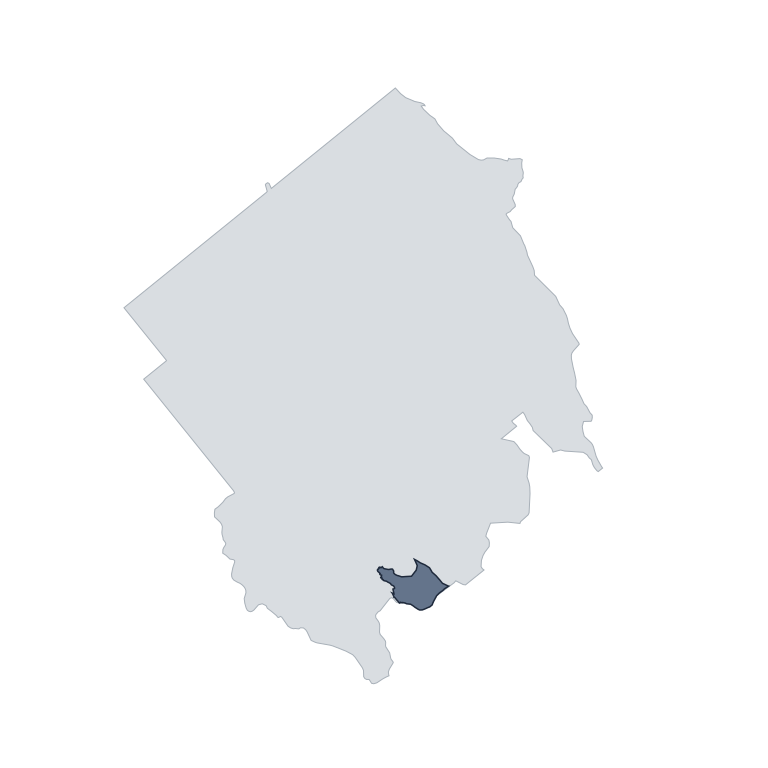 location of Bahr Al Arab, Eastern Darfur, Sudan, rotated 321°
{"feature_id": "16777658B76242579856769", "entity_name": "Bahr Al Arab", "entity_type": "district", "adm_level": 2, "iso_a3": "SDN", "parent_name": "Sudan", "parent_adm1": "Eastern Darfur", "projection": "robinson", "projection_center": [26.432, 10.41], "detail": "fine", "context": "in_parent", "style": "filled", "palette": "slate", "viewbox_px": 768, "rotation_deg": 321, "n_neighbors": 0, "source": "geoboundaries", "source_scale": "gbopen_adm2", "svg_char_len": 6737}
<svg xmlns="http://www.w3.org/2000/svg" viewBox="0 0 768 768"><g transform="rotate(321 384 384)"><path d="M501.0,586.9L495.4,586.9L494.9,585.4L494.9,581.3L495.5,578.2L497.5,573.3L497.0,570.6L497.3,566.8L495.8,562.4L482.3,549.9L479.7,546.4L472.5,543.3L473.7,539.7L470.6,514.0L472.0,511.1L472.4,506.6L472.4,502.6L474.1,496.1L474.2,493.3L460.0,493.1L459.8,495.9L460.5,499.1L460.5,500.3L440.7,500.4L448.7,510.5L449.0,514.9L448.6,520.4L448.8,523.9L449.2,526.2L451.4,530.8L451.2,531.6L450.7,532.7L436.8,546.1L434.4,552.3L432.6,555.6L428.5,561.1L415.7,575.4L413.6,576.4L403.9,576.9L402.9,577.2L402.1,577.9L401.7,577.7L393.3,569.3L379.2,559.2L369.9,564.5L367.3,566.4L367.3,571.3L365.9,573.8L363.4,576.5L356.5,578.2L352.9,579.7L348.7,582.4L344.5,587.0L344.2,589.4L344.7,591.5L320.9,591.4L319.3,589.7L315.9,582.1L313.4,582.6L291.8,581.7L288.7,582.5L282.5,585.6L279.3,586.1L276.1,584.7L264.7,569.8L262.3,568.0L259.7,564.4L257.2,562.8L256.4,561.7L256.2,560.1L256.2,556.8L255.4,554.8L253.6,554.3L238.3,557.8L236.1,557.4L232.9,558.0L231.8,558.6L230.5,560.6L230.3,564.7L229.9,566.7L228.7,569.0L224.3,574.1L223.4,576.3L223.6,581.8L223.3,584.7L222.6,586.0L220.7,588.1L220.0,589.3L219.2,596.5L216.9,600.8L216.3,602.3L216.2,605.5L215.8,606.4L208.8,608.9L206.2,610.5L204.7,612.9L204.3,613.9L201.3,613.1L197.5,612.4L190.3,611.7L187.4,610.5L186.0,608.8L186.5,604.5L185.8,603.6L184.6,602.8L183.8,600.9L184.0,598.7L187.8,593.7L188.6,591.0L189.6,578.4L189.3,574.6L186.3,567.6L179.4,555.4L177.7,553.0L169.1,543.1L168.1,541.6L166.0,537.4L168.3,528.1L168.5,525.6L167.9,522.9L165.7,520.9L163.7,520.7L161.2,518.2L159.5,517.1L158.0,514.9L157.0,511.9L157.8,501.0L157.3,499.5L155.1,499.1L154.6,498.4L154.7,496.3L153.5,490.1L152.2,484.9L152.9,482.1L151.1,478.2L147.5,476.6L140.6,477.8L138.4,477.6L136.9,476.9L135.9,475.5L135.4,473.8L135.9,471.3L137.9,466.7L140.3,462.8L145.3,459.4L146.7,457.5L147.4,455.5L147.6,453.1L147.3,450.7L146.7,448.4L145.2,445.4L143.9,441.9L143.9,439.5L144.5,437.8L145.9,435.8L150.8,431.7L155.9,428.4L156.8,427.2L156.5,425.8L154.1,423.1L153.4,417.7L152.2,414.0L154.7,411.2L156.7,410.2L159.6,409.3L160.8,408.2L161.1,405.9L161.1,403.8L162.1,402.2L163.6,398.8L164.7,397.2L168.6,393.2L169.5,390.7L169.7,388.2L168.7,380.6L171.0,377.5L173.8,374.9L177.9,375.1L184.3,374.5L188.6,373.4L191.7,373.4L198.8,374.8L199.5,374.2L199.9,372.2L200.3,229.0L229.4,229.0L229.8,228.8L229.9,161.1L412.8,161.1L414.4,160.9L417.2,154.5L418.4,154.1L420.3,154.4L420.9,155.9L419.5,161.1L579.1,161.1L579.6,168.8L581.0,175.0L585.7,183.8L589.6,188.6L591.0,191.2L591.2,192.4L591.0,193.6L589.8,192.3L587.8,191.4L587.6,195.5L588.7,204.0L590.4,210.0L589.4,215.5L589.7,224.8L591.9,236.0L591.6,243.1L595.2,259.7L598.6,269.0L600.4,271.2L602.4,272.5L606.3,273.2L612.0,277.9L616.6,282.9L618.2,285.5L620.4,288.4L621.9,287.8L622.8,287.1L624.3,289.4L631.5,294.4L632.6,296.7L630.1,298.9L627.2,302.8L625.8,306.4L625.1,307.6L622.7,309.9L622.3,310.9L621.3,311.6L620.2,311.7L617.8,312.9L615.6,312.5L613.4,313.2L612.6,314.1L610.8,314.8L608.5,315.2L604.8,318.3L601.6,319.8L600.5,321.0L598.9,327.1L597.7,328.7L592.9,328.9L590.5,329.4L587.3,328.7L585.8,328.8L585.4,330.1L584.9,335.3L585.0,337.6L582.4,343.6L583.3,354.7L580.8,363.1L580.5,365.0L578.0,371.6L576.6,374.1L573.5,386.4L572.2,390.2L569.4,394.3L572.6,424.0L570.3,433.1L570.5,438.1L568.9,445.4L567.6,448.8L565.5,452.9L563.7,457.5L562.2,463.5L561.2,474.9L560.7,476.0L552.2,477.4L549.5,478.2L547.7,479.5L545.5,482.4L541.3,490.4L539.0,495.4L535.5,502.1L531.3,506.9L530.5,509.2L529.8,513.5L528.3,520.4L527.0,525.2L527.3,529.1L526.0,535.9L526.2,539.2L524.8,541.1L522.8,542.8L521.5,543.3L515.5,538.7L511.3,541.8L508.7,546.2L506.7,550.7L508.0,560.1L507.9,562.1L507.3,564.4L503.4,573.6L502.3,577.8L501.1,585.1L501.0,586.9Z" fill="#d9dde1" stroke="#a8b0b8" stroke-width="1"/><path d="M267.7,524.9L267.3,524.9L266.0,524.9L265.9,524.3L265.7,523.9L265.2,523.5L264.7,523.4L264.7,523.5L264.3,523.8L264.2,524.1L263.8,524.1L263.2,524.2L262.5,524.3L262.4,523.3L262.5,524.3L262.3,524.3L261.9,524.5L261.7,524.6L261.5,524.9L261.3,525.7L261.4,526.6L261.6,527.4L261.7,528.2L261.7,528.9L261.4,529.0L261.1,529.0L261.0,529.3L261.0,529.6L261.2,530.4L261.6,530.8L261.8,531.0L261.6,531.3L261.4,531.6L261.0,531.9L260.6,532.0L260.2,532.2L259.7,532.2L259.6,532.3L259.5,532.5L259.8,533.0L260.1,533.2L260.2,533.3L260.3,533.5L260.1,533.6L260.1,533.9L260.0,534.2L259.7,534.3L259.7,534.6L259.7,535.0L259.8,535.2L260.0,535.3L260.2,535.5L260.1,535.8L260.0,536.1L260.0,536.4L260.1,536.5L260.3,536.8L260.7,537.5L261.8,538.8L261.9,539.0L262.0,539.5L262.1,539.8L262.3,540.3L262.3,540.5L263.0,541.8L263.1,542.1L263.5,543.3L263.3,544.4L263.5,545.1L263.7,545.6L264.2,546.5L264.4,547.3L264.1,548.7L263.7,549.4L262.7,549.4L261.9,549.0L261.3,550.1L260.8,551.2L260.1,552.6L259.7,553.3L258.8,551.7L258.8,551.8L257.8,555.8L257.6,555.9L257.7,556.0L258.0,556.8L258.0,557.7L258.0,558.5L258.0,559.5L258.0,560.3L258.1,560.9L258.1,561.6L258.1,562.2L258.1,562.4L258.1,562.6L258.1,563.1L258.1,563.9L259.3,563.9L259.4,564.8L260.4,565.0L260.6,565.6L261.2,565.7L261.5,566.2L261.8,566.5L262.1,566.9L262.2,567.0L262.5,567.3L262.6,567.6L262.7,567.8L262.8,568.0L263.0,568.5L263.2,568.8L263.3,569.1L264.4,570.2L265.0,570.8L265.5,571.3L266.1,571.9L266.6,573.4L266.7,573.8L267.1,574.9L267.6,577.2L267.8,577.7L268.3,579.2L268.6,580.2L268.9,580.9L269.0,581.0L269.4,582.0L270.0,582.5L270.5,582.9L270.9,583.1L271.4,583.6L272.1,583.8L272.5,584.0L272.9,584.1L273.4,584.3L273.9,584.4L274.4,584.6L274.8,584.7L275.6,584.9L276.4,585.1L276.9,585.2L277.4,585.4L277.9,585.5L278.3,585.7L278.8,585.8L279.4,586.0L279.7,586.0L280.0,586.0L280.7,586.0L281.5,586.0L281.9,586.0L282.4,586.0L283.4,585.4L284.2,584.9L285.1,584.5L285.6,584.2L285.9,584.1L287.0,583.6L288.1,583.2L288.9,582.8L289.4,582.6L289.6,582.6L290.0,582.4L290.3,582.3L291.0,581.9L291.9,581.6L293.5,581.5L293.9,581.4L295.0,581.3L296.6,581.3L299.4,581.5L301.2,581.4L302.1,581.2L303.4,581.4L303.7,581.4L305.0,581.6L305.9,581.6L307.0,581.7L306.6,581.1L306.4,580.6L306.1,580.0L304.3,576.2L304.1,576.0L304.0,575.7L304.0,570.9L304.0,570.3L303.9,570.1L303.9,568.9L303.8,565.7L302.9,560.5L303.1,559.7L303.3,558.5L303.7,555.4L302.8,552.7L302.0,550.3L299.7,545.9L298.5,542.2L298.1,541.3L297.3,539.5L296.6,542.3L296.0,544.5L295.5,546.1L294.0,547.3L291.8,549.0L290.8,549.2L290.3,549.3L286.1,550.3L284.4,550.7L279.7,547.3L277.8,546.0L276.3,544.9L275.1,543.0L275.0,542.8L274.4,541.9L273.8,541.2L273.4,540.3L273.0,539.5L272.8,538.9L272.6,537.7L272.6,537.0L273.0,536.4L273.7,535.6L273.9,535.2L273.9,534.7L274.0,534.1L274.1,533.5L274.1,533.2L273.9,533.0L273.7,532.8L273.1,532.3L272.4,531.9L272.2,531.8L272.1,531.7L271.6,531.5L271.3,531.4L270.4,530.6L268.3,528.1L267.7,527.2L267.6,526.3L267.7,525.8L267.7,525.5L267.7,524.9Z" fill="#64748b" stroke="#1e293b" stroke-width="1.5"/></g></svg>